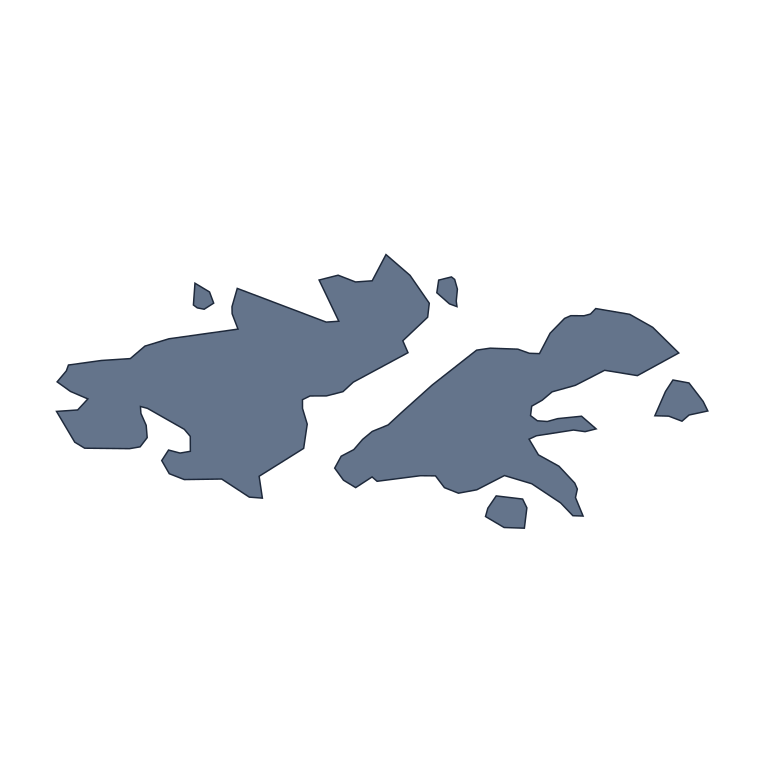 an SVG outline of Falkland Islands, rotated 187°
{"feature_id": "FLK", "entity_name": "Falkland Islands", "entity_type": "country or territory", "adm_level": 0, "iso_a3": "FLK", "parent_name": "South America", "parent_adm1": "", "projection": "natural_earth1", "projection_center": [-59.536, -51.789], "detail": "fine", "context": "isolated", "style": "filled", "palette": "slate", "viewbox_px": 768, "rotation_deg": 187, "n_neighbors": 0, "source": "natural_earth", "source_scale": "50m", "svg_char_len": 1955}
<svg xmlns="http://www.w3.org/2000/svg" viewBox="0 0 768 768"><g transform="rotate(187 384 384)"><path d="M503.9,255.3L533.5,269.9L570.6,264.8L586.2,268.8L595.3,280.9L589.8,292.2L578.0,290.6L568.0,293.6L569.9,308.4L576.7,314.7L615.8,331.0L623.0,332.0L621.7,325.2L615.0,314.0L612.5,301.9L618.4,291.9L628.7,288.8L673.3,283.8L683.8,288.5L705.7,316.9L684.9,320.9L676.1,333.1L694.3,338.4L708.7,346.3L700.9,358.3L699.5,364.4L667.4,372.9L638.9,378.3L625.9,392.5L602.9,402.7L535.6,420.7L543.3,435.2L544.3,442.2L541.3,461.0L448.9,438.4L436.5,440.8L461.1,479.3L442.8,486.4L424.7,481.8L408.3,485.0L397.8,512.7L371.4,495.0L348.9,469.7L348.8,455.6L370.6,429.2L364.0,418.0L414.7,382.1L423.8,371.4L439.6,365.2L456.0,363.1L463.0,358.5L461.9,349.8L455.3,334.8L455.9,310.3L496.7,277.2L490.8,255.9L503.9,255.3ZM225.2,303.0L253.3,307.8L279.0,290.3L296.8,284.7L311.4,288.5L321.7,299.1L336.7,297.4L379.0,286.6L384.5,290.3L399.5,277.7L412.5,283.6L422.7,294.5L417.7,307.1L406.0,315.2L398.5,326.4L389.9,335.5L374.9,343.9L363.5,357.4L336.1,388.8L296.2,428.9L283.0,432.5L255.4,434.9L243.5,432.2L233.4,433.1L225.3,454.7L212.8,471.1L206.9,474.6L193.8,476.1L187.6,478.6L183.0,484.7L148.6,483.1L124.2,473.0L95.2,450.7L133.5,423.2L166.7,424.5L193.9,406.0L216.2,396.7L225.0,387.2L234.7,380.0L234.7,370.5L227.3,366.2L217.3,366.7L207.4,370.8L184.0,376.1L168.0,365.3L178.6,361.2L190.3,361.4L226.4,351.2L233.3,346.9L222.1,332.5L200.3,323.7L182.6,308.9L179.3,303.3L180.1,294.6L170.3,277.2L180.5,276.3L194.2,287.5L225.2,303.0ZM83.7,383.4L97.5,386.8L111.3,385.5L103.7,410.9L97.7,423.2L81.4,422.2L65.1,405.6L59.3,396.7L77.4,390.4L83.7,383.4ZM259.0,286.6L232.4,286.7L227.1,278.5L227.1,258.0L247.3,256.2L267.1,264.8L265.8,273.4L259.0,286.6ZM342.4,493.8L330.1,498.5L326.6,496.4L322.7,487.1L322.4,475.1L321.0,469.7L328.8,471.5L342.7,481.0L342.4,493.8ZM582.8,439.2L583.9,461.0L568.4,454.1L562.9,443.5L571.6,436.3L578.6,436.8L582.8,439.2Z" fill="#64748b" stroke="#1e293b" stroke-width="1.5"/></g></svg>